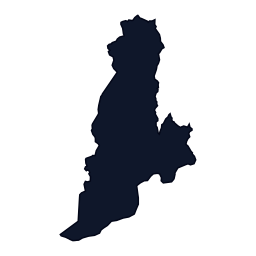 Guayanilla, Puerto Rico (Mercator projection)
{"feature_id": "32010507B36616514861103", "entity_name": "Guayanilla", "entity_type": "district", "adm_level": 2, "iso_a3": "PRI", "parent_name": "Puerto Rico", "parent_adm1": "", "projection": "mercator", "projection_center": [-66.788, 18.044], "detail": "fine", "context": "isolated", "style": "filled", "palette": "ink", "viewbox_px": 256, "rotation_deg": 0, "n_neighbors": 0, "source": "geoboundaries", "source_scale": "gbopen_adm2", "svg_char_len": 2737}
<svg xmlns="http://www.w3.org/2000/svg" viewBox="0 0 256 256"><path d="M60.3,234.5L61.2,235.8L64.7,236.9L65.5,237.1L69.2,238.9L69.7,239.2L69.8,239.3L72.8,240.6L74.7,240.5L76.3,240.3L78.7,240.1L80.6,239.0L82.5,237.9L88.3,236.2L88.7,236.1L94.6,235.3L98.1,233.7L99.5,233.1L101.1,229.9L102.1,229.1L103.5,228.0L107.3,225.5L108.2,224.6L111.3,221.3L111.4,221.2L111.5,221.2L116.7,220.4L123.2,218.0L128.9,216.9L134.3,214.0L136.1,209.4L138.0,204.9L138.3,204.3L138.3,198.1L138.3,197.8L137.7,193.6L137.3,190.5L136.7,186.0L136.7,185.7L137.8,184.8L140.5,182.7L142.8,181.5L144.0,180.8L147.5,180.5L148.7,178.9L149.1,178.3L150.7,176.2L153.4,173.8L157.2,173.3L157.7,173.4L157.8,173.4L159.6,173.8L161.2,177.1L161.5,177.6L161.2,180.8L163.3,182.9L171.6,181.8L173.7,179.3L174.1,178.4L175.0,174.2L174.9,172.9L177.8,167.9L185.7,164.6L188.0,163.8L190.5,164.8L194.0,163.7L195.7,159.9L194.4,156.3L192.2,153.9L192.4,152.8L191.0,151.3L187.9,146.0L185.9,144.3L186.6,141.3L187.9,138.7L189.7,136.8L188.7,133.6L189.6,131.7L192.0,130.2L192.0,128.9L189.9,127.2L189.2,124.2L187.5,127.2L183.7,126.0L180.3,127.4L177.8,125.8L174.7,123.1L173.8,121.7L172.5,121.6L171.8,119.9L172.0,118.1L171.0,116.9L170.1,113.7L168.9,114.8L168.0,116.9L165.8,118.9L163.4,123.7L161.8,124.7L161.5,127.9L160.1,131.4L159.3,134.2L158.2,133.2L157.1,127.3L156.1,126.1L156.0,122.1L157.8,120.7L157.8,118.6L155.2,113.9L155.6,112.5L154.4,110.3L155.2,108.3L157.5,105.7L156.7,104.1L156.8,101.8L155.6,100.3L155.9,99.0L155.0,96.5L156.1,92.9L157.7,91.6L158.0,89.6L157.2,88.4L158.4,87.7L158.1,84.7L158.5,82.7L157.4,81.1L154.7,79.1L154.1,76.0L156.3,69.6L156.5,68.7L157.0,65.5L157.7,64.6L158.5,63.0L159.5,59.8L158.4,53.6L159.5,52.8L161.9,48.8L164.0,47.6L163.0,44.8L160.5,41.5L160.3,38.2L159.4,34.5L155.2,28.5L156.1,26.6L154.7,24.5L154.9,19.7L152.2,21.0L149.5,21.0L148.2,22.2L147.3,21.2L141.6,18.6L139.8,18.0L137.9,15.4L137.5,15.4L134.8,17.6L132.8,20.4L131.8,20.5L128.8,20.0L127.5,21.6L125.8,20.7L122.5,21.6L121.0,22.4L120.9,24.2L122.7,28.3L123.5,34.0L124.1,34.9L124.0,35.9L119.7,37.1L117.4,39.0L116.2,41.2L112.1,42.7L111.6,43.7L109.1,44.4L107.6,45.9L108.0,48.4L109.9,50.2L108.4,51.6L109.6,54.9L113.1,56.8L113.9,60.2L112.2,65.2L113.8,68.6L117.3,72.2L110.0,82.9L109.3,83.9L104.3,91.2L102.5,93.8L101.8,95.5L100.9,96.4L98.8,105.3L98.2,109.5L98.7,113.4L97.9,115.0L92.6,123.8L92.1,125.2L92.4,128.8L91.5,130.4L92.9,134.3L94.9,136.8L95.4,138.4L95.4,141.7L98.1,143.6L99.3,145.5L96.3,150.7L95.1,155.6L92.7,155.5L91.9,156.3L86.1,158.4L85.6,159.3L85.9,163.2L87.1,166.1L85.5,166.9L84.7,168.9L86.3,170.7L87.3,170.0L89.2,170.8L89.7,172.8L88.9,173.8L90.5,176.6L90.3,181.1L87.5,181.9L85.4,181.4L84.1,184.2L85.5,191.1L81.5,192.9L79.8,194.7L79.6,197.0L78.2,221.3L60.3,234.5Z" fill="#0f172a" stroke="#020617" stroke-width="1.5"/></svg>